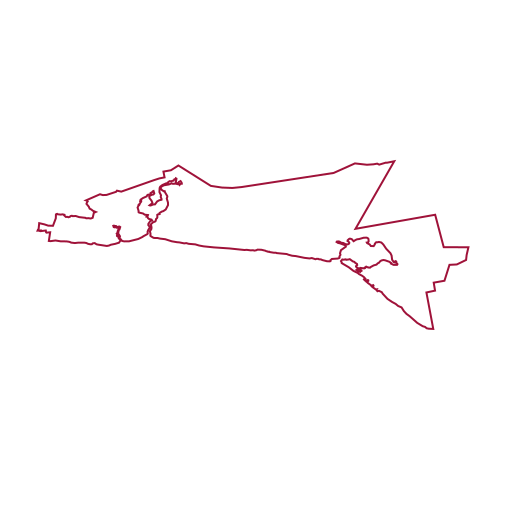 outline of Kilifi North, Coast, Kenya, rotated 80°
{"feature_id": "3690345B15365868811730", "entity_name": "Kilifi North", "entity_type": "district", "adm_level": 2, "iso_a3": "KEN", "parent_name": "Kenya", "parent_adm1": "Coast", "projection": "equal_earth", "projection_center": [39.892, -3.499], "detail": "fine", "context": "isolated", "style": "outline", "palette": "rose", "viewbox_px": 512, "rotation_deg": 80, "n_neighbors": 0, "source": "geoboundaries", "source_scale": "gbopen_adm2", "svg_char_len": 6152}
<svg xmlns="http://www.w3.org/2000/svg" viewBox="0 0 512 512"><g transform="rotate(80 256 256)"><path d="M167.5,381.6L168.5,382.7L169.9,392.6L169.4,396.3L168.1,398.9L171.7,413.7L172.3,412.6L173.1,412.3L173.5,412.9L175.2,413.9L178.4,412.1L180.5,411.6L181.6,410.1L183.2,408.7L184.8,406.2L185.3,408.2L190.0,410.2L190.4,412.2L189.6,414.6L189.5,416.0L189.3,416.8L188.8,417.3L187.0,423.4L185.3,426.6L184.9,429.7L184.4,430.3L184.5,431.8L185.0,432.3L185.3,433.9L184.7,434.9L184.5,436.5L182.6,437.9L182.1,437.6L181.4,439.2L181.3,441.2L180.4,444.3L180.0,444.5L180.0,445.1L180.3,445.8L184.1,446.6L191.0,450.7L190.0,455.4L188.1,458.9L186.0,463.8L192.4,465.6L192.3,466.2L193.1,466.7L193.4,464.2L193.8,464.6L194.1,464.0L194.4,458.6L196.2,458.6L196.6,458.3L196.9,454.6L205.2,457.4L205.7,455.7L205.9,450.8L207.6,445.9L208.7,440.1L209.5,437.7L210.3,436.2L210.7,435.8L211.8,432.1L212.0,428.6L213.1,422.6L213.7,420.9L214.9,419.2L215.7,417.1L215.9,415.6L215.2,414.6L215.3,412.6L216.8,411.0L217.4,409.5L220.2,401.2L220.2,399.0L219.7,397.0L219.6,392.7L219.1,388.6L217.3,386.9L216.2,386.9L214.9,388.1L214.2,388.1L213.8,387.4L213.3,387.2L212.8,387.5L212.6,389.0L212.2,389.4L211.7,389.4L210.8,388.8L209.8,389.3L209.0,388.4L207.6,387.9L204.1,385.8L204.0,388.2L203.1,389.5L203.2,390.4L202.8,391.1L201.5,391.3L201.4,390.6L201.9,390.0L202.2,388.6L203.4,387.9L203.2,386.0L203.3,385.3L203.9,384.7L206.2,385.9L206.7,386.7L210.0,387.9L211.0,387.3L211.8,388.1L212.4,386.7L213.5,386.6L213.9,387.2L214.9,387.6L216.1,386.2L217.9,385.3L218.7,383.3L219.5,378.5L218.8,369.0L217.5,364.4L217.1,363.8L215.6,359.3L215.1,358.7L213.4,358.6L211.9,357.8L209.7,355.8L208.5,355.8L206.9,356.7L205.6,356.4L203.3,354.1L202.9,352.2L202.0,352.6L200.9,355.0L199.9,355.8L198.5,356.2L198.2,357.0L197.8,356.7L197.5,355.6L196.9,355.3L196.0,358.4L194.5,359.9L193.0,363.5L192.5,364.0L191.1,363.8L187.7,364.2L186.4,363.2L185.5,363.0L185.0,362.5L185.3,362.0L183.7,360.9L182.5,359.6L181.7,359.5L181.6,360.4L180.5,359.9L179.3,357.3L178.3,353.3L177.2,352.5L176.9,351.8L177.0,349.5L176.2,348.9L175.7,348.9L175.0,347.0L174.4,346.5L174.2,345.6L176.7,345.3L177.2,345.8L177.6,346.4L177.6,347.9L178.3,350.2L178.8,350.8L180.6,350.8L183.3,349.3L185.6,348.8L186.0,349.0L187.6,352.0L187.9,351.5L187.9,350.6L187.4,348.4L187.6,346.5L185.1,343.9L184.3,341.5L184.2,339.3L183.5,339.1L181.3,339.6L179.7,339.0L176.3,340.0L172.3,339.1L171.1,338.3L169.8,335.8L168.8,331.7L168.9,330.7L168.6,330.0L168.1,329.8L167.3,328.1L167.7,326.7L167.4,324.8L167.5,324.1L166.3,323.1L166.1,321.6L165.6,321.4L166.0,320.9L166.5,321.0L166.9,321.8L167.7,321.5L170.1,322.4L170.6,321.8L170.6,320.1L170.4,319.5L169.7,319.1L169.1,317.3L170.9,316.5L171.9,316.5L171.9,317.9L172.7,318.9L172.0,319.1L171.8,320.3L170.8,322.6L170.5,325.3L169.8,326.4L170.4,329.4L170.4,334.5L171.2,336.9L171.9,337.9L173.0,338.1L174.6,337.3L176.4,335.4L176.3,334.7L177.6,334.5L181.5,333.0L182.2,333.0L183.9,333.9L188.1,333.4L190.6,333.8L194.5,336.8L195.7,339.5L195.9,341.1L196.8,343.3L197.1,343.7L198.0,343.7L198.0,345.4L198.3,346.1L200.7,346.4L201.6,347.0L202.2,348.0L204.0,348.7L204.5,349.3L205.0,351.7L206.7,354.2L208.3,353.9L210.1,354.0L211.3,354.4L213.3,356.2L215.6,356.0L217.7,356.5L218.1,356.3L220.3,353.8L220.7,352.5L221.2,349.8L222.2,347.5L223.7,342.5L226.9,336.4L228.7,331.4L229.3,329.1L231.1,324.5L231.2,322.4L232.3,320.2L234.0,313.8L235.8,310.2L237.4,305.9L240.2,296.0L243.9,281.0L248.1,266.3L248.3,264.1L249.5,260.3L249.8,257.9L250.4,256.7L250.4,254.9L250.0,253.3L250.8,249.6L252.4,245.9L253.1,245.0L253.6,243.6L254.0,243.3L254.1,242.1L254.5,241.8L255.8,238.1L256.3,235.7L256.7,235.2L259.4,225.4L260.4,223.8L262.0,220.4L263.0,216.8L266.2,208.7L267.7,203.7L267.7,201.4L269.5,198.0L269.3,196.7L269.7,195.0L270.2,194.5L270.6,192.7L271.5,191.4L273.5,187.0L274.1,184.1L273.9,183.5L273.1,183.4L272.1,181.8L272.7,176.0L272.5,174.5L272.2,174.0L270.9,173.9L269.5,172.6L267.9,172.8L265.0,171.3L262.4,165.9L261.4,165.8L260.9,166.3L258.0,171.3L257.4,172.9L256.2,174.2L255.8,173.8L256.0,172.0L256.4,171.2L257.7,169.8L258.4,167.7L259.9,165.8L260.5,163.8L260.1,162.4L259.3,161.8L258.0,162.3L257.1,163.3L256.4,163.0L255.4,161.4L255.2,160.5L256.0,158.8L258.4,157.3L257.5,155.2L257.1,153.6L257.2,151.5L256.7,146.7L257.2,143.7L258.2,142.5L258.8,142.3L261.0,142.5L262.0,143.2L262.0,144.5L262.6,144.3L264.4,142.0L266.1,141.2L266.7,138.4L265.1,136.9L264.5,136.8L263.3,135.2L263.6,134.0L263.5,132.5L264.5,130.2L266.8,128.6L271.5,126.5L276.6,123.1L279.1,122.4L283.3,122.6L285.9,121.4L286.2,120.8L285.6,120.6L285.3,119.3L285.8,118.9L286.6,119.5L287.9,118.3L288.6,118.1L289.2,118.6L288.6,122.1L286.9,124.4L286.4,124.1L284.9,125.6L282.7,129.5L282.1,131.1L282.1,131.8L282.2,133.3L282.9,134.9L283.9,135.9L284.4,137.5L285.4,138.8L285.7,141.8L286.9,145.3L287.3,145.8L286.8,147.6L286.4,147.9L286.2,148.9L285.6,149.4L286.5,151.3L286.9,151.1L287.0,151.6L285.8,155.4L286.3,156.2L287.0,156.6L288.4,154.7L288.9,154.6L289.3,155.6L289.8,156.2L288.5,158.0L287.2,159.4L286.7,158.1L285.7,157.5L285.1,158.5L283.9,159.3L283.4,159.3L282.5,157.9L281.4,157.9L279.7,159.7L278.9,160.1L278.1,161.6L275.4,164.2L275.5,165.6L275.4,167.8L275.0,168.0L274.8,168.5L274.9,170.2L274.4,171.6L275.8,173.2L277.3,172.7L277.9,172.8L283.2,166.6L287.6,162.6L290.5,158.6L291.6,157.8L293.9,154.9L295.6,153.3L297.5,152.2L297.7,152.7L297.4,153.4L297.8,153.8L299.3,152.7L299.7,152.3L299.1,150.0L299.5,149.6L300.0,149.7L300.3,150.2L300.2,151.9L300.6,151.7L301.3,150.7L301.8,150.7L305.4,147.2L305.0,145.7L305.5,145.4L306.1,145.7L306.1,147.2L306.7,146.8L309.8,143.8L309.8,142.9L310.3,143.3L311.8,142.5L311.6,141.0L313.5,138.4L315.1,137.8L321.0,134.0L324.8,130.1L327.4,126.8L329.9,124.7L331.9,121.6L336.0,119.9L339.1,117.9L342.0,115.1L349.9,108.8L354.1,104.0L355.2,101.8L356.8,100.5L357.6,98.5L358.6,94.1L321.5,94.5L321.2,85.7L313.1,85.6L313.1,74.7L298.3,67.0L299.2,59.7L296.4,49.8L291.6,48.4L284.3,45.3L279.9,69.6L246.5,72.4L246.5,153.3L186.7,103.4L186.9,111.0L186.6,111.8L187.4,118.8L186.1,120.6L186.1,124.4L185.4,130.9L182.0,142.5L187.7,165.1L185.6,258.2L184.9,267.4L182.7,277.6L179.1,288.3L153.4,316.7L156.8,324.9L156.8,332.5L162.7,332.4L162.8,337.6L163.6,343.4L169.2,377.5L167.5,381.6Z" fill="none" stroke="#9f1239" stroke-width="2"/></g></svg>